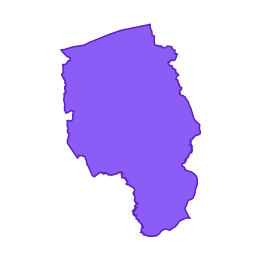 outline of Kut Chap, Udon Thani, Thailand, rotated 96°
{"feature_id": "78962969B39562479301608", "entity_name": "Kut Chap", "entity_type": "district", "adm_level": 2, "iso_a3": "THA", "parent_name": "Thailand", "parent_adm1": "Udon Thani", "projection": "robinson", "projection_center": [102.608, 17.437], "detail": "fine", "context": "isolated", "style": "filled", "palette": "violet", "viewbox_px": 256, "rotation_deg": 96, "n_neighbors": 0, "source": "geoboundaries", "source_scale": "gbopen_adm2", "svg_char_len": 5795}
<svg xmlns="http://www.w3.org/2000/svg" viewBox="0 0 256 256"><g transform="rotate(96 128 128)"><path d="M22.6,116.8L31.6,145.1L36.4,155.4L46.4,174.4L49.7,179.6L50.6,181.5L53.0,191.0L56.4,199.0L57.3,202.7L58.2,202.0L62.8,196.9L64.2,193.2L66.4,192.3L66.8,192.4L67.4,194.6L69.7,195.5L71.2,196.9L71.6,198.1L71.7,199.5L75.0,198.8L77.7,198.6L79.0,198.1L79.6,198.2L80.8,199.2L81.9,199.6L84.0,198.3L84.5,197.8L84.8,197.1L85.3,197.2L85.5,196.9L86.5,196.6L86.6,196.1L87.5,195.5L88.4,195.6L90.1,195.4L90.3,194.7L91.6,194.1L92.9,194.6L93.1,195.2L93.4,195.2L93.8,194.9L94.2,195.1L94.6,194.6L95.0,194.9L95.2,194.6L95.7,195.0L96.3,194.8L96.9,194.3L96.8,194.1L97.3,193.9L97.8,194.3L98.6,194.2L99.1,193.5L100.3,195.0L100.8,195.3L101.4,194.8L107.0,194.8L110.6,193.5L117.1,193.0L117.8,192.2L119.7,191.3L118.9,189.4L116.7,186.6L117.1,183.9L121.2,184.4L124.5,183.7L126.9,184.9L127.0,187.1L126.7,188.2L127.1,189.4L128.5,188.9L130.6,188.7L132.0,188.9L133.8,187.7L135.0,187.5L136.4,188.0L138.0,187.8L139.3,187.4L140.1,185.8L147.1,187.0L149.4,186.6L163.1,175.2L162.1,174.2L160.4,174.2L160.7,173.7L160.7,173.1L160.0,170.7L160.7,170.0L160.9,168.0L165.9,165.6L168.1,165.3L169.8,163.8L178.8,158.6L179.9,157.3L179.7,155.8L178.6,155.3L178.2,154.6L177.7,154.3L177.6,153.5L176.4,152.8L176.1,152.4L175.8,152.5L175.8,151.7L175.2,151.2L175.1,150.1L174.9,149.9L175.1,149.6L174.8,149.2L175.7,148.9L175.8,147.5L176.2,147.3L175.8,147.1L175.9,146.5L174.9,146.3L174.9,145.5L175.3,145.3L175.1,144.7L175.5,144.4L175.5,144.0L176.1,143.5L176.1,142.9L176.5,142.9L176.7,142.4L176.6,141.0L176.4,141.0L176.3,140.7L176.4,139.6L176.8,139.2L176.1,138.5L176.1,137.6L175.6,137.4L175.3,136.9L175.2,135.9L174.8,135.4L175.1,135.1L174.8,134.9L174.6,134.3L174.3,134.5L174.1,134.3L173.9,133.4L173.3,132.8L173.5,132.2L173.1,131.6L173.2,130.8L172.7,130.7L172.5,130.2L172.5,129.9L173.2,129.3L173.2,128.9L174.0,128.4L174.2,129.6L174.9,129.4L175.4,129.7L176.3,129.4L176.4,128.7L176.9,128.9L178.0,128.9L177.7,128.4L178.2,127.5L177.9,126.8L178.4,126.3L178.0,126.0L178.0,125.4L178.4,125.1L180.0,124.8L180.0,124.1L180.7,123.0L181.5,122.7L181.8,123.4L182.3,123.2L183.5,123.9L184.3,123.7L184.5,122.9L184.1,121.5L184.8,120.6L184.8,120.2L185.7,119.6L185.6,118.9L186.3,118.0L186.6,116.6L187.4,116.0L188.0,115.0L190.8,115.1L191.1,115.3L191.2,115.8L191.8,116.1L192.6,115.0L193.3,114.9L193.3,115.6L193.5,115.7L194.2,114.7L194.6,114.7L196.2,113.6L196.6,113.9L197.5,113.6L198.2,114.2L198.5,113.8L199.4,113.7L199.7,114.0L200.7,113.1L200.7,112.8L201.7,112.4L201.7,111.5L202.6,111.7L202.6,110.9L203.2,111.9L203.8,112.1L204.1,112.6L205.1,112.3L204.8,113.0L205.2,113.2L205.5,113.2L206.2,112.0L206.7,112.3L206.7,111.7L207.5,112.9L208.5,112.3L208.8,112.8L209.4,112.6L209.4,112.9L208.6,113.2L208.5,113.5L210.1,114.8L210.3,113.7L210.7,113.4L211.1,113.4L212.1,114.2L212.8,113.4L213.7,113.6L213.8,113.1L213.5,112.3L214.2,111.2L214.1,110.7L214.5,110.8L214.8,111.6L215.5,110.4L217.3,110.5L217.4,110.0L217.8,109.6L217.8,108.6L218.3,107.6L219.4,108.2L219.8,107.7L219.9,106.7L220.8,106.2L221.1,105.4L221.7,105.4L222.1,104.4L222.6,104.5L223.2,104.2L223.2,103.8L223.6,104.0L224.0,103.8L224.2,102.5L225.1,102.3L225.2,102.8L224.9,103.5L225.7,103.4L226.1,103.9L226.8,104.0L227.1,104.3L227.9,104.3L228.9,103.7L230.2,104.4L230.1,104.0L230.6,103.5L230.4,103.0L231.1,102.3L231.5,102.5L231.7,102.2L231.3,101.6L231.8,101.2L231.9,100.0L232.2,99.9L232.6,100.2L232.4,99.4L232.6,99.3L233.2,97.4L233.4,96.0L233.1,95.8L233.4,94.3L232.4,88.9L231.9,87.9L229.3,85.3L228.2,85.0L226.8,83.9L224.9,81.2L224.6,79.4L225.3,75.9L224.8,75.1L223.0,73.3L221.9,71.4L221.1,70.8L218.8,68.9L216.1,67.6L215.0,66.6L212.4,62.6L211.4,60.5L211.2,59.1L211.1,57.1L209.9,58.2L204.0,62.1L202.4,62.9L201.4,62.9L198.2,61.5L195.2,61.2L194.5,60.9L193.5,60.1L191.4,56.2L187.9,55.0L185.9,54.6L181.5,54.5L178.8,53.6L176.7,53.3L171.6,53.8L168.8,55.0L166.7,57.4L165.0,60.6L164.3,64.9L163.3,66.7L163.3,67.0L162.8,67.0L162.3,67.5L161.9,67.3L161.5,67.9L160.9,68.3L159.9,70.3L158.7,70.5L157.9,70.0L157.5,70.0L157.0,68.1L156.4,68.2L155.1,67.0L155.1,67.5L154.6,67.4L154.5,67.9L154.1,67.8L154.1,67.5L153.4,67.8L152.9,67.0L152.6,67.0L152.8,66.5L151.6,66.3L151.3,65.3L150.0,65.3L149.8,64.8L149.4,64.7L149.2,65.2L148.8,65.4L148.6,64.5L147.0,64.3L146.5,63.8L146.5,63.4L145.8,63.1L145.9,62.6L145.6,62.8L145.1,62.3L144.6,62.6L144.7,62.0L144.1,62.0L143.7,61.6L142.3,62.0L142.2,62.7L141.6,62.8L141.1,62.5L140.8,62.7L140.6,62.2L140.2,62.5L139.7,62.4L139.8,62.9L139.5,63.1L138.9,63.0L138.8,62.8L138.4,63.0L138.3,63.3L138.1,63.2L137.7,63.5L137.9,63.9L137.6,63.9L137.7,64.4L137.5,64.2L136.3,64.2L136.0,63.9L135.8,64.1L135.6,63.9L135.2,64.4L134.7,64.3L134.6,64.8L133.8,64.7L133.1,63.2L132.4,63.1L131.7,62.5L131.1,62.6L130.6,61.6L129.1,60.9L128.9,60.3L128.3,59.8L128.3,59.2L128.1,58.4L127.5,57.9L127.0,56.5L126.2,55.8L125.2,55.5L124.2,55.6L120.9,57.0L117.3,57.0L113.4,62.0L111.8,63.4L102.9,67.1L96.9,70.5L96.1,70.5L95.2,71.3L94.8,71.4L94.4,72.1L93.2,72.9L92.9,73.6L91.2,74.4L90.8,75.2L90.9,75.7L90.3,76.1L90.0,76.6L89.7,79.4L89.5,79.7L88.4,79.7L88.4,80.3L88.0,80.0L87.7,80.2L87.5,79.9L87.1,79.9L86.8,80.5L86.2,80.8L84.9,80.2L85.0,79.7L84.3,79.2L84.2,78.9L83.2,78.8L82.9,79.2L82.2,78.9L81.5,80.7L80.7,81.7L80.1,81.7L79.5,81.3L78.0,82.7L75.1,83.5L75.0,84.4L74.5,85.0L74.6,85.4L71.5,85.1L70.2,83.1L68.5,84.6L67.8,86.2L66.9,86.8L66.1,86.3L65.3,86.8L64.6,88.0L64.3,88.2L64.2,88.9L63.8,89.2L63.7,89.9L63.2,90.5L61.5,90.6L61.8,91.6L61.4,92.7L61.4,93.4L60.5,93.5L59.4,95.0L58.2,94.9L58.2,93.6L57.0,92.9L55.8,91.7L56.2,90.8L55.8,88.7L52.9,87.5L49.3,86.8L49.1,87.9L49.2,88.9L47.2,89.4L45.9,89.3L44.4,92.7L42.8,92.8L42.5,94.6L42.4,97.5L44.2,98.7L44.6,100.1L43.7,102.6L42.9,103.8L43.5,104.1L42.8,106.4L43.3,107.3L42.9,107.8L42.6,109.8L40.4,110.8L33.9,111.4L33.2,113.3L32.5,113.8L29.7,114.3L26.3,116.3L22.6,116.8Z" fill="#8b5cf6" stroke="#5b21b6" stroke-width="1.5"/></g></svg>